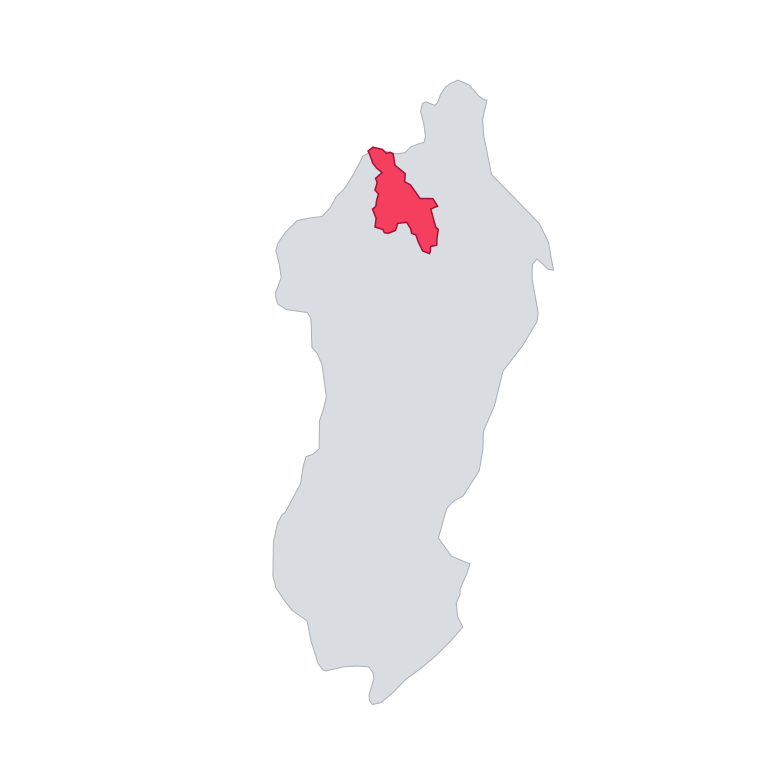 Përmet, Gjirokastër, Albania shown in context, rotated 195°
{"feature_id": "67620474B23103740146981", "entity_name": "Përmet", "entity_type": "district", "adm_level": 2, "iso_a3": "ALB", "parent_name": "Albania", "parent_adm1": "Gjirokastër", "projection": "equal_earth", "projection_center": [20.353, 40.273], "detail": "fine", "context": "in_parent", "style": "filled", "palette": "rose", "viewbox_px": 768, "rotation_deg": 195, "n_neighbors": 0, "source": "geoboundaries", "source_scale": "gbopen_adm2", "svg_char_len": 2144}
<svg xmlns="http://www.w3.org/2000/svg" viewBox="0 0 768 768"><g transform="rotate(195 384 384)"><path d="M254.4,232.4L254.9,222.1L257.5,205.8L256.1,200.3L257.6,191.0L252.8,178.5L245.0,169.6L252.7,153.7L263.9,134.5L274.4,119.4L287.0,103.6L295.4,88.4L304.5,75.4L312.2,71.4L316.0,74.2L318.0,79.9L317.5,96.7L320.1,102.5L325.5,106.8L336.8,104.7L349.3,100.5L366.2,91.6L369.0,92.2L375.3,96.8L388.2,117.2L396.9,135.2L413.9,141.4L423.4,148.4L435.6,159.0L441.6,169.8L449.9,202.6L450.9,222.4L448.5,231.5L446.4,233.8L438.8,266.2L440.7,282.7L440.6,293.6L434.2,297.9L429.9,304.7L436.8,331.7L436.0,343.3L436.3,356.5L448.9,386.7L456.3,396.1L463.0,400.5L471.5,428.4L476.6,433.2L497.2,430.6L507.3,433.7L511.3,440.3L512.3,444.8L510.9,460.5L516.1,472.5L523.0,484.9L523.0,492.5L518.5,504.9L510.2,519.4L499.3,524.9L487.2,529.7L481.4,540.9L478.5,552.9L473.1,561.8L469.8,571.5L464.7,591.4L463.5,598.7L455.3,606.0L442.6,609.0L431.2,609.6L423.5,613.0L419.6,619.8L412.3,625.3L407.9,627.7L408.0,633.8L413.3,646.5L419.3,656.8L419.4,665.1L416.4,667.4L407.1,666.3L405.2,669.4L404.2,678.6L401.7,686.5L397.8,691.3L391.2,696.6L379.0,694.9L367.5,686.9L361.5,684.5L358.1,684.8L357.2,665.4L352.3,650.4L334.3,614.2L275.5,579.2L261.7,563.4L255.7,550.2L249.7,537.7L255.5,537.4L261.2,540.5L268.6,544.3L271.6,538.1L268.4,524.4L253.5,492.6L252.4,483.8L259.9,457.2L272.4,427.4L271.7,391.3L275.7,364.1L271.5,346.4L269.6,324.8L278.7,296.1L286.4,289.0L291.2,279.9L291.6,249.4L274.3,235.1L254.4,232.4Z" fill="#d9dde1" stroke="#a8b0b8" stroke-width="1"/><path d="M373.6,524.2L374.5,528.8L369.0,531.8L370.5,538.3L371.6,547.3L374.7,549.0L384.1,565.2L378.2,569.7L384.9,575.7L397.2,572.5L410.0,583.2L416.3,584.7L418.0,592.7L430.1,598.2L434.7,608.7L438.1,609.4L441.4,607.4L446.3,610.2L456.0,609.9L459.7,604.9L457.4,602.2L452.0,594.4L447.1,590.7L440.6,587.7L445.4,580.5L442.7,576.7L442.9,569.0L438.5,566.0L438.7,559.7L437.9,553.3L440.4,550.0L434.5,542.0L433.3,533.3L425.0,532.9L422.9,530.3L419.1,530.5L412.8,535.1L412.3,538.5L412.6,542.5L404.1,546.1L398.4,540.9L396.4,536.7L391.8,536.2L387.5,529.9L381.1,522.5L373.8,521.7L373.6,524.2Z" fill="#f43f5e" stroke="#9f1239" stroke-width="1.5"/></g></svg>